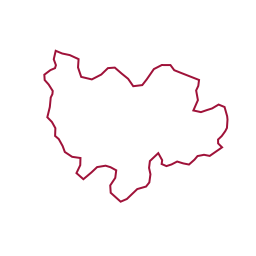 Chilgok-gun, North Gyeongsang, South Korea, rotated 17°
{"feature_id": "91817680B44952414610796", "entity_name": "Chilgok-gun", "entity_type": "district", "adm_level": 2, "iso_a3": "KOR", "parent_name": "South Korea", "parent_adm1": "North Gyeongsang", "projection": "robinson", "projection_center": [128.47, 35.999], "detail": "fine", "context": "isolated", "style": "outline", "palette": "rose", "viewbox_px": 256, "rotation_deg": 17, "n_neighbors": 0, "source": "geoboundaries", "source_scale": "gbopen_adm2", "svg_char_len": 1211}
<svg xmlns="http://www.w3.org/2000/svg" viewBox="0 0 256 256"><g transform="rotate(17 128 128)"><path d="M181.9,61.3L162.4,59.8L155.3,59.2L150.2,55.4L141.9,57.9L135.5,64.1L131.7,76.0L129.1,82.8L120.8,86.5L113.7,80.9L106.0,77.8L97.7,74.1L91.3,76.6L86.8,84.7L79.2,92.1L68.3,92.8L62.5,84.7L60.6,76.6L51.0,75.3L43.3,76.0L36.3,75.3L36.9,84.0L40.7,89.0L40.7,92.1L36.9,95.3L32.4,101.5L34.3,106.5L39.4,109.6L45.2,114.6L45.8,117.7L45.2,121.4L47.1,130.8L47.7,141.3L53.5,144.5L58.6,149.4L60.6,156.9L65.0,158.8L70.8,164.4L74.6,169.4L83.0,171.9L91.3,170.6L93.2,177.5L91.9,186.2L100.3,190.0L106.0,181.2L109.9,174.4L117.6,170.6L122.7,170.6L129.1,171.9L130.4,179.4L127.8,188.1L130.4,195.0L142.5,200.6L147.7,196.2L148.8,194.2L151.5,189.4L154.7,183.7L162.4,178.7L164.3,173.8L163.0,165.7L159.8,160.0L158.6,153.2L164.3,143.2L170.1,148.8L170.7,152.6L175.9,153.2L180.3,150.1L184.8,145.7L191.2,145.7L197.0,145.1L200.8,138.9L202.7,134.5L206.3,132.6L208.5,131.4L214.3,130.8L223.6,119.0L218.7,116.4L217.5,112.7L220.0,108.3L221.9,102.7L222.6,99.0L220.7,90.9L219.4,87.8L214.2,79.7L207.8,79.1L202.7,84.7L198.2,87.8L193.1,91.5L185.4,92.1L186.7,80.9L182.2,72.2L182.9,67.2L181.9,61.3Z" fill="none" stroke="#9f1239" stroke-width="2"/></g></svg>